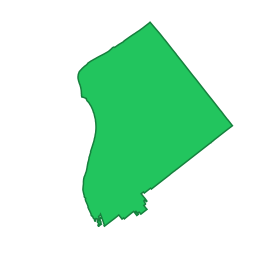 San Ignacio Río Muerto, Sonora, Mexico (Equal Earth projection), rotated 52°
{"feature_id": "50627088B1433623777217", "entity_name": "San Ignacio Río Muerto", "entity_type": "district", "adm_level": 2, "iso_a3": "MEX", "parent_name": "Mexico", "parent_adm1": "Sonora", "projection": "equal_earth", "projection_center": [-110.31, 27.326], "detail": "fine", "context": "isolated", "style": "filled", "palette": "green", "viewbox_px": 256, "rotation_deg": 52, "n_neighbors": 0, "source": "geoboundaries", "source_scale": "gbopen_adm2", "svg_char_len": 5495}
<svg xmlns="http://www.w3.org/2000/svg" viewBox="0 0 256 256"><g transform="rotate(52 128 128)"><path d="M189.5,44.3L189.2,44.3L188.5,44.3L188.2,44.3L187.5,44.3L183.2,44.3L182.2,44.4L175.2,44.4L174.9,44.3L174.7,44.4L174.1,44.4L173.2,44.3L170.5,44.4L164.0,44.4L157.4,44.4L150.8,44.5L144.1,44.5L137.5,44.5L132.5,44.5L130.7,44.5L126.5,44.6L123.8,44.6L122.6,44.6L114.4,44.6L109.9,44.6L100.1,44.7L99.4,44.6L94.0,44.7L89.8,44.7L85.9,44.7L84.9,44.7L83.1,44.7L81.6,44.7L80.0,44.8L75.3,44.8L74.2,44.8L58.2,45.5L58.3,46.2L58.3,47.1L58.3,48.1L58.3,49.5L58.3,50.5L58.3,52.4L58.3,55.2L58.2,57.1L58.2,58.1L58.1,60.0L58.0,60.8L57.9,61.8L57.8,63.6L57.8,64.1L57.6,65.9L57.4,68.7L57.3,70.2L57.0,76.7L57.0,77.8L57.1,78.2L57.2,78.7L56.5,84.2L56.3,88.9L55.9,89.0L55.3,89.8L55.3,90.1L55.3,90.3L55.2,90.9L55.4,92.2L55.5,93.7L55.6,95.3L55.6,96.5L55.4,98.0L55.0,100.7L54.8,101.9L53.9,106.6L53.5,109.0L53.1,111.8L52.9,112.8L52.7,114.4L52.4,116.1L52.4,117.0L52.3,117.6L52.3,118.5L52.2,118.8L52.2,119.7L52.5,120.4L52.7,122.2L52.7,123.3L52.6,124.3L52.8,125.9L52.8,126.6L52.9,127.6L53.2,129.0L53.2,129.6L53.3,130.0L53.4,130.5L53.5,131.2L53.7,131.9L54.1,132.4L54.4,133.0L55.2,134.2L56.0,135.0L56.9,135.9L58.3,136.9L59.6,137.5L60.6,138.0L61.4,138.2L61.9,138.5L62.3,138.6L63.0,138.9L64.2,139.2L65.0,139.5L65.7,139.8L66.7,140.2L67.5,140.6L69.2,141.5L69.9,141.9L70.6,142.4L70.8,142.5L71.2,142.8L71.5,143.0L71.9,143.3L72.1,143.5L72.3,143.6L72.6,143.8L72.8,143.9L73.0,144.0L73.3,144.1L73.6,144.5L74.1,144.8L75.1,145.3L75.4,145.2L75.4,144.8L79.1,142.7L79.3,143.0L79.9,143.2L80.6,143.3L81.4,143.5L82.2,143.4L83.3,143.3L84.6,143.3L86.1,143.5L88.1,143.7L88.6,143.8L89.8,144.1L91.6,144.5L93.1,145.0L94.1,145.5L95.6,145.8L97.4,146.7L98.9,147.4L100.1,147.9L101.4,148.5L102.5,149.3L103.6,149.9L104.4,150.4L106.0,151.5L107.1,152.3L108.4,153.3L109.3,154.1L109.7,154.4L110.0,154.7L110.6,155.3L111.7,156.3L113.0,157.8L114.6,159.5L115.6,160.9L116.7,162.1L117.7,163.4L118.5,164.6L119.4,165.9L120.5,167.5L121.8,169.4L122.1,169.9L122.7,170.8L123.5,171.9L123.8,172.2L124.0,172.3L124.3,172.5L124.6,173.0L125.1,173.7L125.4,174.1L125.5,174.3L125.7,174.6L126.0,175.0L126.5,175.6L126.8,176.2L127.4,177.0L128.0,177.5L128.5,178.1L129.5,179.3L130.2,180.3L130.6,180.9L130.9,181.2L131.3,181.6L131.6,182.0L131.8,182.2L132.0,182.5L132.3,182.8L132.7,183.2L133.1,183.7L133.4,184.0L133.9,184.5L134.4,185.1L134.8,185.5L135.1,185.9L135.6,186.5L136.5,187.5L137.5,189.2L138.8,191.1L139.3,192.1L139.6,192.7L140.4,193.7L140.9,194.3L141.6,195.0L142.9,196.2L144.6,197.5L145.6,198.5L146.4,199.3L147.8,200.6L149.1,201.7L149.8,202.0L150.5,202.4L151.1,202.7L151.8,203.0L152.8,203.5L153.9,203.9L154.7,204.4L155.1,204.7L155.6,204.9L155.9,204.9L156.3,204.9L156.5,204.8L156.7,204.7L157.1,204.6L157.5,204.8L157.6,205.0L157.7,205.3L157.8,205.4L158.0,205.6L158.4,205.7L158.7,205.9L159.3,206.2L160.0,206.3L160.7,206.5L161.8,206.8L162.3,206.9L163.1,207.1L163.7,207.3L164.4,207.5L165.1,207.8L165.8,208.0L166.1,208.5L167.3,208.7L168.1,209.0L168.8,209.0L169.4,209.2L169.8,209.3L170.2,209.3L170.8,209.5L171.2,209.6L171.6,209.7L172.1,209.8L172.4,209.9L172.9,210.0L173.2,210.2L173.5,210.4L174.1,210.7L174.3,210.8L174.7,210.8L174.9,210.8L175.0,210.6L175.3,210.4L175.8,210.3L176.1,210.4L176.3,210.5L176.6,210.5L176.9,210.6L177.3,210.7L177.7,210.8L178.1,210.9L178.4,210.8L179.0,210.4L179.3,210.6L179.5,210.7L179.7,210.8L179.8,211.0L180.0,211.1L180.1,210.9L180.2,211.0L180.3,211.1L180.6,210.9L180.7,211.0L180.8,211.0L181.0,211.3L181.1,211.2L181.3,211.1L181.3,210.9L180.9,210.2L180.7,209.9L180.3,209.8L180.0,209.8L179.9,209.9L179.6,209.0L181.2,207.8L181.7,208.2L182.5,208.9L183.2,209.8L183.2,210.0L185.1,210.0L185.5,210.1L185.9,210.5L185.9,210.8L185.9,211.1L186.0,211.5L186.5,211.7L187.2,211.7L187.3,211.7L187.5,211.4L187.4,211.0L186.8,210.6L186.8,209.4L187.4,209.4L187.4,208.1L187.2,208.1L185.8,208.1L185.8,207.8L185.6,207.3L185.6,207.2L185.3,207.1L183.8,206.8L183.6,207.7L182.7,207.2L182.5,206.3L182.7,204.5L182.6,204.4L181.9,204.1L181.9,204.3L181.4,206.3L179.5,205.6L179.8,204.4L179.8,204.2L179.6,203.6L179.4,203.4L179.3,203.2L179.1,203.1L178.9,202.7L182.8,203.9L186.8,205.3L190.2,206.5L190.2,207.0L190.9,207.0L190.9,205.2L190.9,202.2L191.0,194.5L190.9,188.8L192.9,188.8L196.1,188.8L196.2,186.8L197.4,186.8L197.2,179.0L197.2,178.2L197.2,176.5L197.2,174.9L198.5,174.9L198.5,174.5L198.5,173.0L199.8,172.9L199.8,174.5L199.8,174.9L201.2,174.9L202.2,174.9L202.4,174.9L202.4,173.4L202.4,172.9L202.2,172.9L201.1,172.9L201.1,171.0L203.8,170.9L203.8,163.1L202.5,163.2L201.1,163.2L198.8,163.2L198.8,162.9L198.7,162.6L198.8,162.3L198.9,161.5L198.7,161.0L197.9,160.8L195.9,160.6L195.3,160.3L195.0,159.9L195.0,159.3L195.1,159.0L197.2,158.9L197.2,158.1L193.8,158.0L192.4,158.1L190.5,158.1L190.4,158.1L189.7,158.1L187.9,158.1L187.9,157.1L187.9,155.2L189.3,155.2L189.3,154.9L189.3,147.5L189.3,147.3L190.5,147.2L190.5,141.3L190.5,139.4L190.5,139.2L190.5,137.7L190.5,136.1L190.5,135.3L190.5,135.2L190.5,134.0L190.5,133.4L190.5,131.5L190.5,131.4L190.5,130.8L190.5,129.4L190.5,127.5L190.5,125.1L190.5,123.6L190.4,123.3L190.4,122.1L190.4,120.2L190.4,118.6L190.5,117.4L190.4,116.5L190.4,115.6L190.5,115.5L190.5,111.6L190.5,107.7L190.5,105.6L190.5,103.7L190.5,101.7L190.5,99.7L190.5,97.8L190.5,95.7L190.5,93.8L190.5,91.9L190.5,91.6L190.5,91.4L190.5,89.8L190.5,87.8L190.5,83.9L190.5,81.9L190.5,80.0L190.5,78.0L190.5,75.8L190.5,72.6L190.7,71.9L190.5,70.6L190.5,68.1L190.4,68.0L190.4,60.3L190.4,60.1L190.4,52.2L190.5,44.3L190.4,44.3L189.6,44.3L189.5,44.3Z" fill="#22c55e" stroke="#15803d" stroke-width="1.5"/></g></svg>